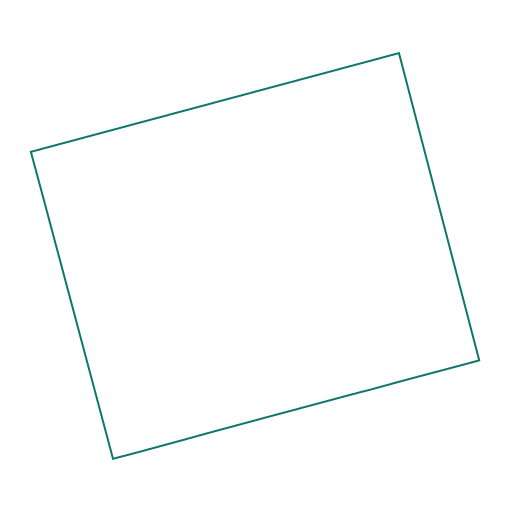 outline of Howard, Iowa, United States of America, rotated 165°
{"feature_id": "52423323B7267106537917", "entity_name": "Howard", "entity_type": "district", "adm_level": 2, "iso_a3": "USA", "parent_name": "United States of America", "parent_adm1": "Iowa", "projection": "albers", "projection_center": [-92.295, 43.357], "detail": "fine", "context": "isolated", "style": "outline", "palette": "teal", "viewbox_px": 512, "rotation_deg": 165, "n_neighbors": 0, "source": "geoboundaries", "source_scale": "gbopen_adm2", "svg_char_len": 365}
<svg xmlns="http://www.w3.org/2000/svg" viewBox="0 0 512 512"><g transform="rotate(165 256 256)"><path d="M65.4,415.0L446.5,414.9L446.4,367.8L446.6,97.1L438.5,97.1L427.3,97.0L367.3,97.2L351.3,97.4L288.3,97.5L287.0,97.5L215.0,97.5L199.4,97.5L185.1,97.4L183.0,97.3L150.8,97.5L138.4,97.5L67.4,97.4L65.4,415.0Z" fill="none" stroke="#0f766e" stroke-width="2"/></g></svg>